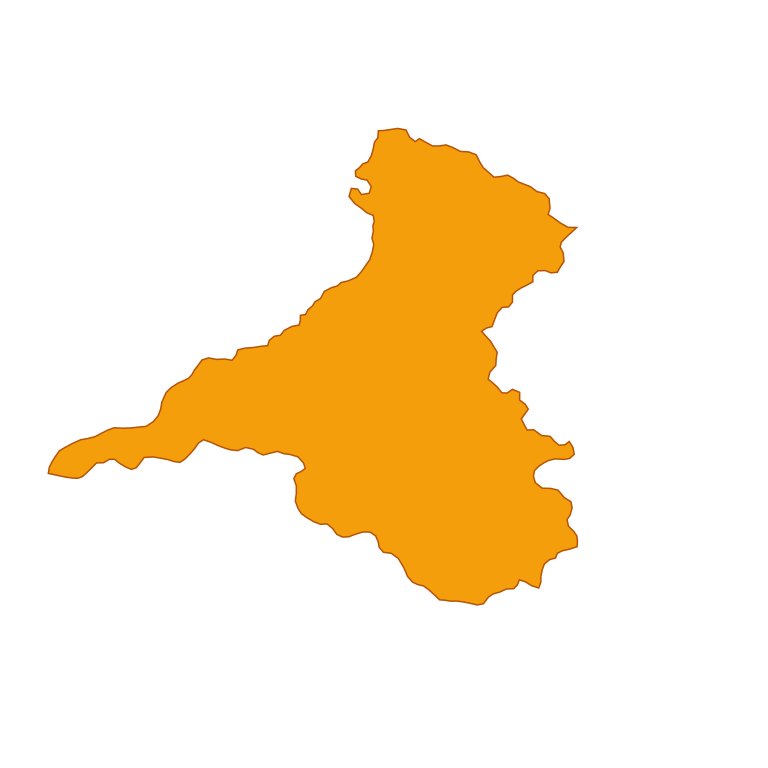 outline of Catuji, Minas Gerais, Brazil, rotated 300°
{"feature_id": "56859067B64745138456461", "entity_name": "Catuji", "entity_type": "district", "adm_level": 2, "iso_a3": "BRA", "parent_name": "Brazil", "parent_adm1": "Minas Gerais", "projection": "natural_earth1", "projection_center": [-41.505, -17.366], "detail": "fine", "context": "isolated", "style": "filled", "palette": "amber", "viewbox_px": 768, "rotation_deg": 300, "n_neighbors": 0, "source": "geoboundaries", "source_scale": "gbopen_adm2", "svg_char_len": 3843}
<svg xmlns="http://www.w3.org/2000/svg" viewBox="0 0 768 768"><g transform="rotate(300 384 384)"><path d="M138.7,138.0L141.7,147.2L144.0,154.3L146.5,160.6L149.2,165.9L153.0,169.1L157.4,170.6L163.4,172.3L171.9,174.5L175.6,180.5L181.4,183.8L184.1,188.2L183.1,194.7L183.0,202.5L183.8,208.0L187.6,211.3L192.7,212.1L200.5,213.0L205.5,220.7L208.1,227.8L210.5,234.7L211.9,241.1L214.2,246.5L219.9,249.3L227.8,251.2L233.6,252.3L240.3,252.9L245.5,255.6L247.0,263.5L247.8,271.7L249.0,278.7L250.2,283.9L253.0,290.4L259.9,296.0L262.2,303.6L261.5,308.9L262.1,314.8L266.9,319.7L272.4,325.5L273.6,332.2L275.9,337.6L277.9,345.8L275.4,353.7L271.6,358.0L267.0,356.1L262.4,352.9L256.9,353.3L252.1,358.9L245.0,363.0L238.3,365.7L233.4,371.6L230.4,377.2L229.7,383.9L229.6,392.0L230.8,399.1L234.3,404.7L233.2,411.7L230.2,418.2L230.7,424.6L234.1,429.9L239.8,434.5L245.6,440.1L248.8,446.0L248.3,452.7L244.6,457.7L240.1,461.6L238.0,467.6L241.0,475.0L240.1,483.5L234.8,493.1L229.1,500.7L226.7,507.8L227.2,513.6L228.9,519.2L228.2,525.7L226.4,533.9L224.9,540.1L227.2,544.8L229.1,550.0L232.1,555.0L234.6,560.8L236.9,567.5L239.3,575.2L243.4,580.0L251.8,581.0L256.9,583.6L261.8,588.4L267.7,592.5L271.5,598.6L276.7,600.0L282.1,599.1L283.4,605.6L283.1,612.7L284.7,620.0L290.9,618.9L295.8,616.1L302.3,613.9L308.3,612.9L314.5,615.1L319.0,619.5L324.1,618.8L328.8,621.9L333.3,626.8L339.6,632.6L344.8,630.0L348.8,627.0L351.2,622.1L353.1,614.8L358.2,610.3L363.7,610.7L370.9,608.8L375.5,604.7L375.8,596.9L379.1,587.7L376.9,580.5L372.9,573.1L374.2,564.4L378.7,559.6L384.3,557.6L390.6,559.4L395.8,562.0L400.0,564.7L404.7,569.6L409.0,578.1L412.4,582.0L418.2,583.9L423.6,579.3L426.8,573.2L421.7,571.0L418.5,566.1L419.4,560.8L421.7,554.0L418.2,546.2L419.2,536.5L415.7,531.0L418.4,526.5L422.4,520.4L428.4,521.0L434.4,521.5L437.1,516.3L437.9,509.5L444.6,505.7L443.6,497.9L437.8,495.2L435.3,490.6L438.1,483.3L439.3,477.7L440.3,471.7L447.1,469.8L456.0,471.5L462.7,468.2L468.1,466.2L470.9,461.0L474.4,454.7L476.6,447.5L478.4,442.2L483.5,444.6L487.8,448.9L495.7,447.5L502.2,446.5L509.4,448.0L513.0,453.3L519.1,454.3L525.6,450.7L530.6,452.1L535.1,454.3L541.1,458.3L547.0,461.8L552.5,458.6L559.0,460.7L562.9,467.0L563.7,472.9L567.4,478.2L573.9,478.2L580.1,478.6L587.0,473.8L590.8,468.0L595.5,466.7L602.7,468.5L609.2,470.6L615.9,472.6L611.7,465.1L611.6,456.2L612.6,447.2L612.9,441.4L619.2,439.9L623.1,437.1L627.0,434.5L629.3,427.9L627.1,420.1L628.1,412.2L627.2,406.1L626.1,399.5L626.9,393.3L626.7,386.6L622.4,381.8L618.1,375.9L619.7,368.1L621.0,361.6L624.4,355.5L628.6,349.3L627.4,341.4L623.7,334.0L623.2,325.5L622.1,318.2L617.9,313.0L614.4,306.9L614.2,298.5L614.2,291.9L609.5,289.9L610.5,282.8L615.0,276.1L612.2,268.1L608.0,262.8L603.4,257.0L600.5,252.5L594.3,255.5L588.6,254.9L581.9,257.2L575.6,258.8L568.2,259.0L564.0,255.5L559.2,254.6L554.3,252.7L549.7,255.6L550.2,262.0L552.1,267.3L548.6,274.3L541.8,275.8L536.8,269.7L539.6,263.7L537.1,257.9L528.9,260.0L525.7,268.2L524.9,276.3L523.7,283.6L524.6,290.4L520.0,294.2L515.4,295.3L510.8,298.5L504.3,300.6L499.7,305.4L492.3,307.9L484.6,309.5L476.4,308.8L469.7,308.2L462.7,306.8L455.2,301.2L450.3,296.0L445.5,294.5L441.1,290.3L434.4,286.0L426.4,286.3L420.6,283.1L415.7,283.0L410.3,281.0L404.9,281.3L401.7,277.2L397.6,279.6L392.6,281.0L387.9,275.5L380.6,270.8L374.4,269.9L370.6,265.2L364.5,262.8L359.0,264.1L355.7,259.3L350.5,252.9L345.5,245.6L340.4,240.3L335.0,241.5L328.6,240.6L326.1,233.8L321.5,226.5L318.9,219.0L313.7,214.3L306.7,213.6L301.0,212.8L296.3,213.0L291.3,211.9L286.8,208.9L281.8,205.2L274.3,201.4L267.7,199.6L262.7,200.1L257.0,200.7L250.8,203.1L243.7,204.3L236.3,203.1L228.4,199.2L223.8,192.8L219.7,187.2L215.1,179.9L211.1,172.1L205.7,167.6L199.8,163.8L193.8,160.0L188.3,154.3L184.1,149.2L176.8,144.0L170.1,139.8L163.9,136.3L156.3,135.6L150.7,135.4L144.5,135.8L138.7,138.0Z" fill="#f59e0b" stroke="#b45309" stroke-width="1.5"/></g></svg>